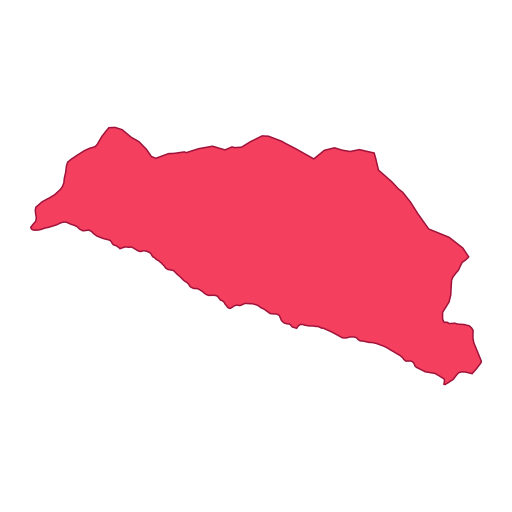 Jamkhar, Tashi Yangtse, Bhutan
{"feature_id": "84629894B22666501030765", "entity_name": "Jamkhar", "entity_type": "district", "adm_level": 2, "iso_a3": "BTN", "parent_name": "Bhutan", "parent_adm1": "Tashi Yangtse", "projection": "albers", "projection_center": [91.494, 27.408], "detail": "fine", "context": "isolated", "style": "filled", "palette": "rose", "viewbox_px": 512, "rotation_deg": 0, "n_neighbors": 0, "source": "geoboundaries", "source_scale": "gbopen_adm2", "svg_char_len": 3518}
<svg xmlns="http://www.w3.org/2000/svg" viewBox="0 0 512 512"><path d="M481.3,361.1L473.8,342.7L473.0,338.7L472.9,335.8L473.1,330.4L471.5,327.8L469.2,325.8L464.0,324.5L457.6,324.1L454.9,323.2L449.3,323.6L447.3,322.3L444.1,322.3L442.6,319.1L442.6,317.5L442.6,312.3L445.9,307.1L449.1,301.9L450.8,294.7L451.1,288.1L451.6,280.1L453.2,276.5L454.0,275.6L456.3,272.6L458.3,270.4L462.1,262.4L465.6,260.0L468.7,256.9L462.8,248.0L449.1,237.3L428.7,229.0L417.9,213.8L410.5,202.1L402.7,192.3L398.3,188.8L392.1,182.1L378.5,170.1L375.7,158.5L374.2,153.0L359.3,149.6L350.3,151.5L342.3,150.2L334.5,147.8L324.4,150.3L313.8,158.9L303.3,153.0L295.5,148.6L285.6,143.5L282.0,141.4L268.5,136.2L262.1,135.9L250.4,141.7L241.5,147.2L234.6,147.6L232.0,146.9L225.0,149.9L212.5,146.2L198.6,148.7L186.1,152.7L184.4,151.9L173.9,153.4L168.5,153.6L155.8,158.3L151.4,156.5L146.4,149.3L139.0,141.7L131.1,137.2L122.2,129.7L115.0,127.4L108.9,127.7L105.7,131.5L101.8,136.5L97.1,144.6L95.0,146.7L89.3,148.4L84.3,150.7L77.7,154.9L71.1,159.3L67.7,162.1L66.5,165.7L65.6,172.6L64.3,178.4L63.9,182.6L62.5,186.4L60.6,189.2L54.7,194.7L49.9,197.6L42.2,201.7L35.9,207.2L35.3,209.8L35.5,212.8L36.3,217.5L36.0,219.9L35.7,221.3L32.6,224.8L30.7,227.4L31.5,229.1L33.5,230.1L37.8,230.1L41.2,229.4L44.9,228.1L48.4,227.4L51.9,226.3L56.5,224.9L59.4,223.5L62.0,222.4L64.7,222.0L66.6,222.3L71.0,224.3L74.3,225.3L77.2,226.7L79.7,229.2L82.9,230.8L85.7,230.5L88.9,230.1L91.4,231.4L93.8,233.8L97.0,236.1L100.8,237.6L103.9,238.7L108.0,239.7L110.1,240.4L111.4,241.8L112.3,243.5L113.2,244.7L116.1,245.7L117.5,246.6L119.1,247.7L120.0,248.7L122.1,247.9L125.0,247.0L126.9,247.0L128.6,247.3L131.2,247.0L132.9,247.7L137.2,250.3L139.1,251.3L141.0,251.5L142.9,250.8L144.7,250.8L145.9,251.1L148.0,251.8L149.6,252.6L151.0,253.7L152.1,255.8L153.2,257.1L154.6,257.6L156.0,259.2L159.3,261.2L160.3,262.2L161.4,263.0L162.2,263.9L164.2,265.9L165.6,268.0L167.8,269.4L170.7,270.0L172.9,270.3L174.3,271.3L177.2,274.3L179.9,276.5L182.4,279.1L184.6,281.1L186.6,282.2L188.2,283.7L189.3,285.3L190.2,286.7L192.0,287.7L193.9,288.5L197.4,288.6L199.7,289.7L202.4,291.5L205.1,293.8L206.9,294.8L208.6,295.4L212.3,295.3L214.8,295.3L217.5,296.2L219.1,298.3L220.3,299.9L222.1,300.7L223.5,301.5L224.4,302.8L225.5,304.7L226.8,305.9L227.4,307.1L228.5,307.9L229.6,308.4L231.5,307.8L233.6,306.2L235.4,305.4L237.1,305.1L239.8,305.6L241.6,305.0L243.3,304.1L245.1,303.4L246.7,303.5L250.3,303.7L252.1,303.7L254.5,304.3L256.2,304.8L258.0,305.5L259.4,306.5L260.8,307.6L263.8,309.0L270.2,313.6L274.9,314.0L276.5,314.0L279.3,315.4L281.5,320.6L284.0,322.9L286.7,323.8L289.2,324.0L290.4,324.7L292.2,326.9L296.6,328.3L298.4,325.8L300.6,324.4L303.2,324.6L304.8,325.2L308.9,325.9L313.2,326.0L316.4,326.5L318.2,326.5L321.8,328.2L323.1,328.1L330.0,331.2L331.7,332.0L337.5,335.1L342.2,337.7L344.0,338.0L347.0,337.8L349.2,337.1L351.6,336.9L353.8,336.9L355.5,337.4L356.8,337.9L357.7,339.2L360.2,340.9L362.8,341.0L366.8,341.9L368.8,342.4L372.6,342.6L376.1,343.4L377.6,343.9L384.1,346.3L387.6,348.1L390.6,350.0L393.8,351.8L396.9,353.7L399.9,355.4L402.6,357.6L403.9,359.5L405.9,361.1L410.2,361.0L412.2,361.5L413.8,363.1L414.7,365.2L415.3,366.4L416.7,367.5L425.3,371.8L427.2,372.1L429.0,372.4L431.1,372.8L433.2,373.1L434.8,373.4L438.8,375.6L442.2,377.8L444.0,378.7L444.5,380.8L443.9,384.2L445.1,384.6L447.0,383.3L448.3,382.7L450.2,381.3L452.4,380.0L453.5,379.0L456.4,375.2L458.3,373.0L459.9,372.4L461.4,371.9L463.7,372.0L465.2,372.0L472.1,373.7L476.6,368.6L481.1,362.6L481.3,361.1Z" fill="#f43f5e" stroke="#9f1239" stroke-width="1.5"/></svg>